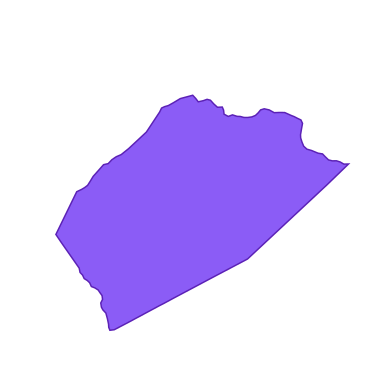 outline of Fátima, Bahia, Brazil, rotated 56°
{"feature_id": "56859067B62800644431285", "entity_name": "Fátima", "entity_type": "district", "adm_level": 2, "iso_a3": "BRA", "parent_name": "Brazil", "parent_adm1": "Bahia", "projection": "orthographic", "projection_center": [-38.212, -10.587], "detail": "fine", "context": "isolated", "style": "filled", "palette": "violet", "viewbox_px": 384, "rotation_deg": 56, "n_neighbors": 0, "source": "geoboundaries", "source_scale": "gbopen_adm2", "svg_char_len": 1363}
<svg xmlns="http://www.w3.org/2000/svg" viewBox="0 0 384 384"><g transform="rotate(56 192 192)"><path d="M260.7,337.4L262.7,333.5L263.6,325.5L264.8,314.7L265.2,310.4L267.0,292.7L268.0,282.7L268.6,277.8L269.7,266.6L274.5,221.2L278.6,183.4L268.6,120.7L261.5,75.9L256.3,46.6L253.8,50.5L249.9,52.4L246.9,54.8L244.7,58.2L241.7,60.9L237.4,61.8L233.4,62.5L230.3,65.8L224.4,69.7L220.7,72.8L216.5,73.8L212.1,72.9L208.0,71.7L205.2,70.0L200.8,65.8L196.9,62.0L193.2,61.4L190.0,63.3L186.7,65.1L184.1,66.9L180.7,69.0L178.0,70.7L175.3,74.5L172.2,79.5L167.1,82.1L163.4,85.6L162.3,89.2L163.4,93.0L164.0,96.6L163.2,100.4L161.4,104.1L159.2,107.3L156.4,109.7L154.5,112.3L150.7,115.3L149.6,119.7L145.4,121.9L141.7,120.0L138.5,119.4L136.0,123.5L131.1,124.7L126.2,125.4L123.6,127.7L122.6,131.6L120.7,136.4L116.6,136.6L112.2,137.3L108.0,149.5L107.6,157.4L107.1,163.3L105.9,167.0L105.4,170.3L107.6,174.1L116.8,196.3L120.6,220.3L121.4,229.8L120.4,235.1L120.4,240.2L121.6,245.6L119.9,250.0L123.8,265.2L126.2,270.4L128.1,274.8L128.3,278.6L128.1,282.2L127.3,287.4L151.1,328.6L160.6,328.6L192.0,328.1L196.1,329.8L199.7,329.2L203.5,329.8L206.8,328.3L210.0,327.6L214.1,328.3L217.1,326.2L220.7,324.6L224.4,324.6L227.6,324.5L231.0,326.2L233.0,329.7L236.8,331.5L239.9,331.8L244.2,331.1L249.8,333.0L254.9,335.1L257.6,336.7L260.7,337.4Z" fill="#8b5cf6" stroke="#5b21b6" stroke-width="1.5"/></g></svg>